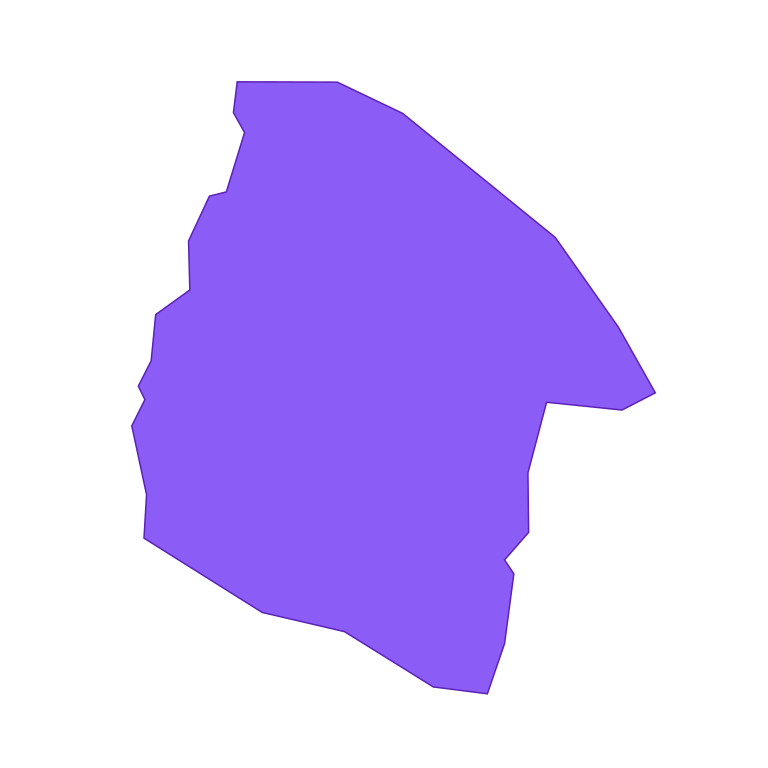 the district of Alexander, North Carolina, United States of America, rotated 293°
{"feature_id": "52423323B44414006635896", "entity_name": "Alexander", "entity_type": "district", "adm_level": 2, "iso_a3": "USA", "parent_name": "United States of America", "parent_adm1": "North Carolina", "projection": "mercator", "projection_center": [-81.171, 35.911], "detail": "fine", "context": "isolated", "style": "filled", "palette": "violet", "viewbox_px": 768, "rotation_deg": 293, "n_neighbors": 0, "source": "geoboundaries", "source_scale": "gbopen_adm2", "svg_char_len": 567}
<svg xmlns="http://www.w3.org/2000/svg" viewBox="0 0 768 768"><g transform="rotate(293 384 384)"><path d="M481.9,637.2L528.0,577.4L585.8,484.4L640.4,295.4L643.6,223.0L628.8,187.8L623.1,174.2L604.8,130.8L574.9,139.4L561.0,157.4L499.2,163.8L488.8,149.9L439.3,148.2L394.7,168.5L358.7,146.7L314.4,160.6L286.0,158.7L276.2,170.0L246.9,168.2L189.3,208.7L148.3,223.3L126.1,361.2L140.6,444.4L124.4,547.8L139.2,600.2L192.2,596.4L260.0,577.7L269.2,563.7L303.9,575.1L358.5,551.2L430.7,540.8L453.0,613.2L481.9,637.2Z" fill="#8b5cf6" stroke="#5b21b6" stroke-width="1.5"/></g></svg>